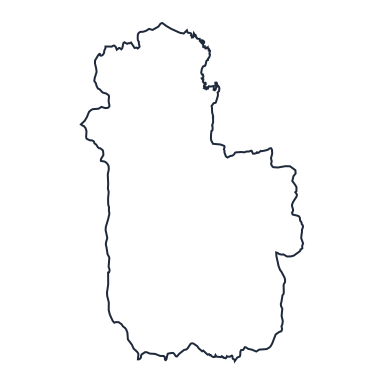 outline of Soppeng, Sulawesi Selatan, Indonesia
{"feature_id": "22746128B93867843889604", "entity_name": "Soppeng", "entity_type": "district", "adm_level": 2, "iso_a3": "IDN", "parent_name": "Indonesia", "parent_adm1": "Sulawesi Selatan", "projection": "equal_earth", "projection_center": [119.925, -4.319], "detail": "fine", "context": "isolated", "style": "outline", "palette": "slate", "viewbox_px": 384, "rotation_deg": 0, "n_neighbors": 0, "source": "geoboundaries", "source_scale": "gbopen_adm2", "svg_char_len": 5896}
<svg xmlns="http://www.w3.org/2000/svg" viewBox="0 0 384 384"><path d="M137.9,359.3L139.1,359.3L140.4,358.4L140.9,357.5L141.1,355.7L141.6,354.5L145.0,352.2L146.6,352.2L149.9,353.6L155.1,353.9L160.1,355.9L163.6,356.0L164.7,356.8L165.0,359.7L165.7,360.1L166.4,359.3L167.6,354.1L168.1,353.6L172.0,352.9L173.3,353.1L174.0,353.6L175.8,356.2L176.9,356.5L179.2,353.8L184.0,350.0L186.7,349.3L187.8,348.1L190.4,344.1L191.1,343.5L192.2,343.3L193.5,343.6L197.3,346.2L198.7,348.3L201.9,351.1L202.2,351.3L203.2,350.6L203.5,350.8L207.5,354.6L209.0,354.2L209.7,355.2L210.7,355.0L211.5,356.1L213.4,357.1L214.8,356.9L215.5,355.1L216.4,356.6L220.8,357.1L221.7,356.2L222.4,356.6L222.7,357.3L223.5,357.2L223.9,357.9L225.7,358.3L226.2,357.9L226.9,356.2L227.8,356.7L230.0,356.7L231.7,355.6L232.1,355.7L232.4,356.2L232.7,358.5L233.4,359.2L234.6,359.6L234.8,361.0L237.3,357.5L239.7,356.6L240.2,355.4L240.4,351.6L240.8,350.7L241.1,350.1L243.2,349.9L244.8,347.2L245.9,347.4L248.3,348.9L252.0,349.7L256.3,351.5L259.3,349.6L266.6,349.1L269.7,347.3L270.7,346.1L272.2,343.5L275.7,334.4L279.2,332.0L281.4,331.2L282.1,329.1L281.5,326.2L282.3,324.6L282.8,321.0L281.6,316.0L282.3,308.6L281.1,306.2L280.8,304.0L281.4,302.1L282.5,295.3L283.5,294.0L283.8,292.4L283.6,285.2L283.9,284.0L285.0,282.2L285.1,279.8L284.4,277.3L281.4,271.7L280.1,270.0L278.6,266.2L276.4,256.0L276.2,252.5L277.7,253.0L279.3,254.1L281.6,254.6L283.4,254.4L287.0,256.5L290.9,256.4L293.8,255.6L299.5,251.5L300.4,250.6L300.5,249.5L302.3,248.4L302.2,245.7L303.1,243.4L301.2,238.2L301.5,234.7L301.9,232.6L302.0,229.8L303.0,226.9L302.8,225.4L301.8,224.2L301.4,222.2L300.2,220.7L299.8,217.7L299.0,216.4L297.8,215.8L292.6,214.5L292.1,213.1L292.1,212.5L293.0,211.0L293.1,209.7L292.0,206.0L292.0,204.9L293.0,202.1L296.5,196.7L296.9,195.0L296.8,194.3L295.3,192.2L296.4,191.2L296.5,187.2L295.2,184.9L292.3,181.0L293.5,176.1L295.6,173.5L295.4,170.2L290.0,166.3L285.4,166.2L277.9,167.5L273.4,167.2L272.7,166.8L271.6,165.3L271.1,163.9L271.7,161.4L271.0,158.2L272.2,153.6L272.0,150.0L271.4,148.6L271.0,148.2L269.5,148.5L267.7,149.8L265.2,150.5L261.7,151.2L260.7,150.9L258.8,152.6L257.7,152.9L257.2,152.3L256.8,152.3L256.3,153.1L254.4,153.7L253.0,153.7L251.6,150.8L251.1,150.7L249.0,151.5L246.6,151.5L244.5,152.3L240.9,152.0L235.7,152.4L235.0,152.8L234.2,154.2L233.1,155.2L231.8,155.9L230.5,155.9L227.5,157.5L225.9,156.4L224.5,152.6L224.4,150.5L223.9,149.3L224.6,147.0L224.2,145.9L220.6,144.5L213.0,143.8L211.3,140.6L210.9,138.6L211.1,133.7L211.5,130.9L212.2,130.6L212.6,129.6L212.5,126.2L212.1,125.6L213.1,122.4L213.1,118.0L212.8,117.4L213.2,116.6L212.1,112.2L212.0,108.2L211.6,106.0L213.6,103.2L215.5,102.8L215.9,102.3L217.9,95.7L217.9,93.5L217.6,92.5L219.0,91.1L219.4,88.6L219.0,86.9L217.2,84.8L216.9,83.6L215.9,83.4L216.8,83.2L216.7,82.7L216.3,82.5L215.3,82.7L215.5,84.4L216.0,84.8L215.9,85.3L215.4,85.8L215.9,86.1L216.7,85.6L216.7,87.1L215.8,88.1L215.6,89.5L214.8,90.3L213.6,89.8L213.9,88.0L213.4,86.0L210.8,86.6L209.0,86.2L207.9,88.5L207.4,88.2L207.7,87.8L207.5,87.2L207.0,87.3L206.7,89.0L206.4,89.2L205.8,87.9L205.0,88.6L204.4,88.3L205.0,87.9L205.0,87.3L205.5,87.1L205.0,86.6L204.8,87.0L204.1,87.1L203.9,86.0L204.6,84.6L205.0,84.8L205.7,84.4L205.6,82.9L205.3,82.7L204.8,83.1L204.0,83.0L203.0,81.8L202.8,81.1L203.3,80.2L203.3,79.2L202.0,78.9L201.7,78.3L202.6,78.0L203.3,76.9L203.4,76.2L203.0,75.6L202.9,74.5L202.0,74.5L201.2,72.8L201.8,69.1L202.7,67.1L203.3,66.3L204.7,66.0L204.8,65.5L205.4,65.3L206.5,60.8L207.4,60.0L207.9,60.0L208.1,58.6L209.0,57.7L209.7,56.0L210.0,54.5L209.4,53.8L210.0,50.7L209.8,50.5L209.3,50.9L208.7,50.5L209.0,49.2L208.7,48.6L207.7,48.4L207.7,47.3L207.3,47.6L206.4,47.5L206.1,48.4L205.5,48.4L205.4,47.5L204.6,47.4L204.6,46.4L203.3,46.8L203.3,45.6L202.8,44.5L204.1,42.8L203.8,42.2L204.1,41.9L204.0,41.4L203.7,41.2L203.2,41.7L203.1,40.7L201.9,40.2L201.6,40.7L202.1,42.8L201.6,43.0L200.2,41.3L200.2,40.5L199.8,40.5L199.7,38.9L198.2,38.9L196.8,38.3L196.7,37.5L195.7,36.7L195.9,36.0L195.5,35.0L194.9,35.0L193.9,33.3L193.6,34.7L194.1,36.0L193.7,36.2L193.0,37.4L191.9,37.5L191.8,36.0L191.0,35.5L191.4,34.7L191.0,33.5L190.5,33.1L187.7,32.6L187.4,32.2L186.9,30.3L183.7,33.5L179.9,32.8L171.3,28.9L166.5,26.1L162.3,23.0L160.6,23.6L158.4,26.6L152.6,29.9L149.0,28.9L146.3,30.7L143.4,31.7L140.2,31.9L138.4,33.3L137.8,34.8L137.7,38.7L137.9,40.2L138.8,41.8L138.9,43.9L139.6,46.5L139.3,47.1L137.7,48.5L136.7,47.6L134.6,48.0L131.0,42.5L129.7,43.3L128.3,43.2L127.2,43.8L124.4,42.3L123.4,43.1L122.3,48.1L121.3,49.3L119.6,48.0L119.0,48.0L116.8,49.7L115.6,46.7L114.3,45.6L113.4,45.6L111.8,46.6L105.5,46.5L105.4,48.3L104.2,50.9L104.1,52.8L103.1,54.5L102.1,55.4L100.9,55.7L100.2,55.4L99.9,54.0L99.4,53.9L98.1,55.3L95.0,60.6L95.0,63.5L96.2,68.6L96.6,72.0L94.7,78.0L94.3,81.0L95.9,83.3L96.5,85.8L97.9,88.5L99.6,89.3L102.6,92.5L106.4,93.6L108.7,95.3L109.0,96.4L108.6,101.2L109.5,106.0L108.5,107.5L107.5,107.9L105.3,108.1L101.4,106.9L98.6,108.7L92.7,109.2L91.1,110.0L89.0,111.9L86.9,117.1L84.7,120.8L80.9,124.4L82.2,125.4L83.9,126.1L85.6,128.2L86.5,131.2L86.1,137.1L86.4,138.2L86.9,138.9L89.9,140.3L92.0,140.4L93.7,141.3L94.1,142.0L94.4,143.3L96.2,144.6L97.9,147.3L99.0,148.2L100.3,148.3L102.7,150.2L103.1,151.2L103.4,155.0L101.1,158.9L100.8,160.3L101.0,161.0L104.4,161.5L105.7,162.2L107.3,163.7L108.6,166.0L108.8,169.5L107.9,173.4L107.8,175.3L108.2,183.8L107.9,188.6L108.7,191.9L108.1,198.1L108.1,202.0L108.3,205.1L109.0,207.1L108.9,211.2L109.3,212.4L109.3,214.2L108.1,219.3L105.8,227.0L105.6,230.1L107.3,238.0L106.2,241.8L105.8,244.3L106.6,247.9L107.5,254.0L109.2,257.3L109.3,258.3L108.6,266.9L109.2,268.3L109.6,270.4L109.1,272.3L108.1,272.5L108.2,284.3L107.0,292.6L107.2,295.9L108.8,302.5L108.7,310.1L109.8,314.5L111.2,317.7L112.8,321.0L114.3,322.7L115.9,322.1L118.5,322.1L121.6,324.3L122.9,326.3L125.3,328.2L126.2,329.5L127.4,332.7L127.9,339.4L131.9,344.7L133.6,348.6L137.1,351.8L138.3,353.6L138.4,354.4L137.9,359.3Z" fill="none" stroke="#1e293b" stroke-width="2"/></svg>